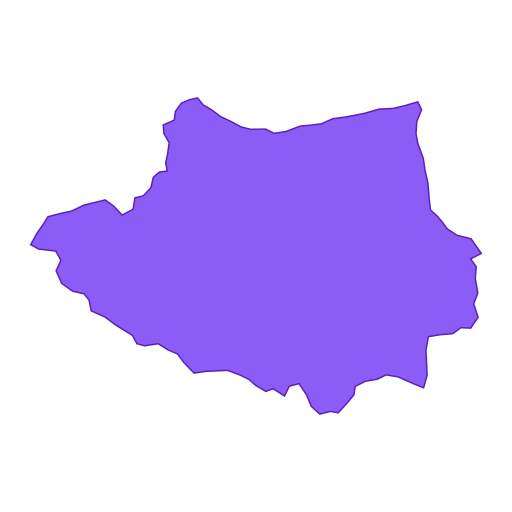 the district of Santópolis do Aguapeí, São Paulo, Brazil
{"feature_id": "56859067B88002854016883", "entity_name": "Santópolis do Aguapeí", "entity_type": "district", "adm_level": 2, "iso_a3": "BRA", "parent_name": "Brazil", "parent_adm1": "São Paulo", "projection": "mercator", "projection_center": [-50.521, -21.661], "detail": "fine", "context": "isolated", "style": "filled", "palette": "violet", "viewbox_px": 512, "rotation_deg": 0, "n_neighbors": 0, "source": "geoboundaries", "source_scale": "gbopen_adm2", "svg_char_len": 1577}
<svg xmlns="http://www.w3.org/2000/svg" viewBox="0 0 512 512"><path d="M452.9,333.6L460.8,327.7L470.7,328.1L478.1,317.2L473.7,303.9L477.8,292.9L475.3,278.4L476.2,266.7L470.6,258.9L481.3,253.4L471.1,238.9L457.1,235.3L447.3,228.9L442.2,222.0L436.8,215.6L430.5,210.1L429.2,198.8L427.9,183.0L425.1,170.6L423.3,158.4L417.8,143.3L416.0,133.7L416.8,121.5L421.6,109.6L417.7,101.8L405.5,105.5L393.3,108.4L378.9,109.1L364.6,113.3L353.6,115.5L345.0,117.1L332.8,118.7L321.4,123.8L310.4,125.2L300.2,126.1L286.2,131.4L274.3,133.4L265.6,129.1L250.7,129.3L241.3,127.0L231.0,121.5L221.2,116.9L210.5,109.1L203.3,105.0L197.5,97.9L189.4,99.7L181.3,103.2L175.4,111.4L174.3,120.1L163.2,125.0L164.0,133.7L169.2,142.8L167.5,154.3L165.7,163.0L167.3,171.1L159.4,172.0L153.3,177.3L150.9,187.8L143.3,195.8L134.9,197.9L133.1,209.2L122.2,215.1L113.8,206.2L105.2,199.9L94.7,202.5L83.6,205.2L71.8,211.0L61.2,213.3L48.0,216.7L42.3,225.7L36.8,233.5L30.7,244.7L38.5,249.0L55.8,251.1L60.9,260.3L56.1,270.8L61.7,283.4L72.6,291.2L84.1,293.8L89.1,300.2L91.2,310.9L105.2,317.1L114.6,324.3L125.1,330.9L132.4,335.3L136.9,343.7L144.6,345.8L158.1,343.7L168.2,350.0L177.6,354.0L183.5,362.1L194.0,373.1L206.4,371.3L227.8,370.4L240.2,375.1L249.1,379.5L255.8,385.5L265.9,391.4L273.1,388.7L284.5,396.0L289.3,386.2L299.0,383.6L306.6,394.9L311.2,406.3L319.8,414.1L330.7,411.4L338.2,412.8L346.6,403.6L353.9,394.9L355.2,386.4L365.3,381.3L377.6,379.1L386.0,374.9L397.9,376.8L413.2,383.6L423.6,387.8L427.1,375.4L426.6,362.6L425.9,350.4L428.4,336.7L439.8,334.8L452.9,333.6Z" fill="#8b5cf6" stroke="#5b21b6" stroke-width="1.5"/></svg>